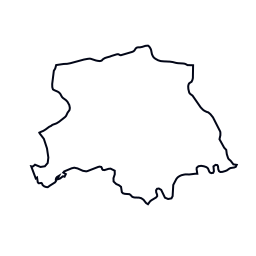 the border of Ille-et-Vilaine, rotated 261°
{"feature_id": "FRA-5308", "entity_name": "Ille-et-Vilaine", "entity_type": "Metropolitan department", "adm_level": 1, "iso_a3": "FRA", "parent_name": "France", "parent_adm1": "", "projection": "mercator", "projection_center": [-1.688, 48.172], "detail": "fine", "context": "isolated", "style": "outline", "palette": "ink", "viewbox_px": 256, "rotation_deg": 261, "n_neighbors": 0, "source": "natural_earth", "source_scale": "10m", "svg_char_len": 2997}
<svg xmlns="http://www.w3.org/2000/svg" viewBox="0 0 256 256"><g transform="rotate(261 128 128)"><path d="M92.2,59.4L89.8,57.7L90.5,56.2L88.7,52.9L88.2,49.8L89.1,49.8L89.6,50.7L90.1,51.3L91.6,52.4L90.7,50.2L89.6,49.1L88.3,48.6L86.8,48.5L85.7,47.4L83.3,41.8L82.1,39.5L82.5,37.9L83.4,36.2L84.9,34.8L86.8,34.3L87.3,33.7L87.3,32.3L87.5,31.0L88.6,30.4L93.3,30.4L92.6,29.0L105.3,26.4L105.0,27.2L104.9,28.0L105.4,29.0L106.3,30.4L103.2,35.5L103.2,39.9L106.0,43.2L111.3,44.7L120.5,44.8L130.4,43.2L136.5,39.9L137.3,39.7L137.4,40.1L137.9,41.7L138.1,42.6L138.4,43.9L139.5,46.5L141.5,50.3L142.2,52.6L142.8,53.5L143.1,54.6L143.5,56.8L143.8,58.2L144.9,60.8L148.7,67.6L149.6,68.7L152.8,70.9L153.8,72.0L155.0,73.1L156.9,73.7L159.8,73.6L163.4,72.3L165.3,71.0L167.9,68.4L169.1,67.6L172.2,66.5L173.2,65.9L174.3,65.0L175.2,63.8L176.9,61.1L177.9,59.9L180.2,59.6L183.3,60.0L196.1,63.7L198.1,65.4L201.4,66.9L201.3,74.6L200.9,78.0L201.0,81.2L202.5,95.2L202.6,98.9L202.5,101.0L202.2,102.0L199.7,106.9L199.1,108.5L198.5,110.6L198.6,112.1L198.9,112.9L199.4,113.4L199.7,113.8L200.6,115.8L200.8,116.7L201.0,117.9L201.4,121.5L201.7,122.7L202.5,128.2L202.5,129.3L202.3,130.2L202.0,130.6L201.6,131.0L201.3,131.5L201.0,132.3L202.5,143.9L202.6,144.4L202.9,145.4L203.5,146.4L205.4,148.1L206.0,149.2L206.1,150.5L205.8,152.6L205.9,154.8L206.4,158.0L206.3,159.7L206.2,160.7L206.0,160.9L205.2,161.6L204.1,162.2L202.8,162.7L201.5,163.0L197.2,163.2L195.7,163.6L194.3,164.1L193.1,164.9L192.0,166.0L190.2,168.3L189.6,169.5L189.0,170.7L188.3,173.4L187.0,179.7L186.1,182.6L184.8,185.6L184.2,187.5L183.1,192.5L182.6,194.1L181.9,195.2L180.8,196.6L179.8,202.1L167.2,199.9L165.5,199.2L163.7,198.0L163.2,196.7L162.4,195.2L161.2,194.5L159.9,194.0L157.1,193.7L153.3,194.0L151.9,194.8L149.9,196.8L137.0,203.0L134.3,204.9L133.2,206.0L132.3,207.2L131.5,208.4L130.9,209.7L128.7,211.6L125.2,213.6L110.1,218.5L108.8,218.5L106.4,218.1L102.6,216.6L93.5,219.9L91.0,221.6L86.7,221.5L82.8,222.1L81.9,222.4L81.3,222.8L79.5,224.3L75.6,226.4L74.6,229.6L72.8,228.4L72.4,226.8L72.4,222.9L71.9,221.5L70.7,219.1L70.3,217.5L69.9,214.4L70.1,212.3L71.2,211.1L73.2,210.7L76.1,210.9L77.4,210.4L77.9,208.7L76.7,206.4L71.9,206.1L70.4,205.1L70.4,203.2L71.2,202.0L72.3,201.4L75.4,200.7L76.3,200.1L77.2,199.1L78.3,197.0L79.2,194.3L79.2,191.6L78.0,189.7L76.6,189.3L72.0,189.3L72.3,187.3L72.5,181.4L73.2,177.5L73.2,176.0L73.0,173.4L72.4,171.3L71.5,169.4L70.1,167.8L64.7,163.8L53.7,161.4L51.7,159.9L51.6,156.5L53.4,153.6L61.7,151.1L63.4,149.0L63.4,147.2L62.1,146.0L60.0,145.8L57.7,146.3L56.2,146.2L55.0,144.9L53.0,139.9L52.1,138.3L49.6,135.8L51.1,134.1L54.7,132.1L56.6,130.1L57.5,128.0L58.4,123.3L59.3,121.5L61.5,120.0L62.4,119.1L63.5,114.5L64.3,112.8L65.6,111.9L71.0,111.9L72.9,110.1L74.5,107.6L77.4,105.4L80.7,105.8L84.4,107.7L87.9,108.2L90.6,104.4L90.7,102.3L90.1,98.2L90.6,96.5L91.6,96.0L92.7,95.9L93.7,95.5L94.3,93.9L94.2,92.4L91.8,81.3L91.7,80.0L92.8,76.7L96.0,71.8L97.2,68.7L97.0,66.0L95.1,58.2L94.1,57.1L92.2,59.4Z" fill="none" stroke="#020617" stroke-width="2"/></g></svg>